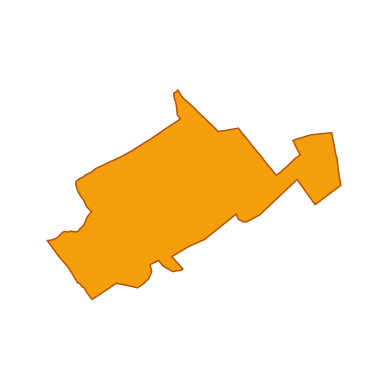 outline of Tapilula, Chiapas, Mexico, rotated 321°
{"feature_id": "50627088B79605017756871", "entity_name": "Tapilula", "entity_type": "district", "adm_level": 2, "iso_a3": "MEX", "parent_name": "Mexico", "parent_adm1": "Chiapas", "projection": "albers", "projection_center": [-92.998, 17.25], "detail": "fine", "context": "isolated", "style": "filled", "palette": "amber", "viewbox_px": 384, "rotation_deg": 321, "n_neighbors": 0, "source": "geoboundaries", "source_scale": "gbopen_adm2", "svg_char_len": 3394}
<svg xmlns="http://www.w3.org/2000/svg" viewBox="0 0 384 384"><g transform="rotate(321 192 192)"><path d="M49.0,138.6L48.0,156.5L48.0,157.1L48.3,172.7L47.5,179.8L46.5,186.6L46.2,190.1L46.1,191.1L47.1,192.3L47.0,195.5L47.1,197.2L47.8,198.3L46.9,205.7L46.7,212.6L48.3,212.8L60.0,213.9L75.7,215.3L82.5,223.4L89.4,232.2L94.6,232.6L95.8,232.7L98.4,232.8L100.2,232.0L101.2,232.2L101.4,232.4L103.4,232.3L110.1,228.9L110.4,228.2L110.8,228.3L113.6,222.1L122.9,224.2L122.9,224.4L122.9,227.2L122.8,230.4L123.3,232.0L124.0,234.3L125.1,237.0L125.7,238.8L126.8,241.3L127.5,242.2L130.4,243.5L133.4,245.6L134.2,245.9L136.2,246.0L136.3,246.0L136.5,246.0L136.2,239.8L135.6,229.4L138.9,230.0L139.1,230.0L143.0,230.6L146.4,231.1L148.0,231.3L151.5,231.8L152.8,232.0L155.5,232.4L158.3,233.1L160.7,233.8L167.4,235.6L171.8,236.8L177.9,236.8L179.0,236.8L186.0,236.9L191.1,236.9L196.3,236.9L201.8,236.9L202.4,236.9L212.6,237.0L212.5,237.6L212.3,238.1L212.2,238.5L211.7,238.9L211.6,239.4L211.3,240.4L211.2,241.0L211.1,241.9L211.0,242.9L211.3,243.6L211.6,244.3L212.2,245.1L212.5,245.4L212.6,246.2L212.5,246.7L212.7,247.3L213.7,247.9L214.7,248.3L214.9,249.4L230.1,252.4L281.5,248.4L279.7,279.3L290.5,279.7L311.9,280.4L319.7,266.6L325.3,258.0L327.7,252.8L337.9,233.8L320.0,222.2L303.0,215.4L302.0,218.7L301.7,220.2L301.6,220.4L301.4,221.7L301.3,222.3L301.1,222.8L300.5,225.9L300.1,227.5L300.0,228.1L299.4,231.3L293.9,230.8L291.4,231.0L282.4,231.8L278.6,232.0L276.4,232.0L271.8,232.4L268.1,232.0L268.0,223.5L267.9,222.5L267.9,221.9L267.9,214.4L268.1,211.0L268.2,210.1L268.3,206.1L268.0,202.3L268.0,194.3L268.0,190.7L268.2,190.0L268.2,189.3L268.1,184.9L268.1,182.7L268.0,180.3L268.0,176.4L268.2,171.6L264.1,169.3L256.2,164.9L254.8,164.1L253.1,163.0L250.3,161.4L250.2,158.1L249.8,155.2L249.7,154.0L249.5,152.4L249.3,151.3L249.2,150.7L249.1,149.3L248.8,147.2L248.4,143.6L248.3,142.8L248.3,142.3L248.0,139.9L247.6,138.7L247.5,138.2L247.2,135.2L247.1,133.8L247.0,133.5L246.9,132.4L246.9,132.1L246.7,130.0L246.6,128.6L246.6,128.0L246.6,127.9L246.3,126.0L246.3,125.8L245.6,121.6L245.5,121.3L245.4,120.3L245.3,119.1L244.2,113.6L244.2,112.9L244.2,110.7L244.3,110.2L244.8,106.2L245.0,103.8L243.4,104.2L241.5,104.1L240.1,103.6L238.9,105.4L238.2,106.3L237.9,106.9L237.7,107.3L237.1,108.5L236.8,109.0L236.6,109.6L235.7,112.0L235.1,113.5L234.2,114.9L233.4,116.2L232.9,117.0L232.2,118.1L231.8,118.7L230.5,120.7L229.9,121.6L229.0,123.1L229.0,123.6L229.1,125.3L228.9,125.8L228.9,127.4L228.9,128.0L224.0,127.5L217.7,126.8L214.6,126.5L208.5,126.0L196.2,125.0L193.6,124.8L186.8,123.9L185.1,123.7L176.5,122.7L171.8,122.2L170.3,121.9L165.3,121.1L159.7,120.1L138.5,114.8L132.0,113.2L128.4,113.3L126.2,113.3L123.4,112.5L120.6,111.8L117.3,111.8L112.8,110.8L110.9,110.9L108.2,111.0L106.3,113.0L103.9,119.2L102.9,124.7L102.4,130.6L101.6,134.4L101.6,134.6L100.9,138.0L101.2,141.0L101.4,142.4L101.4,143.0L101.7,143.9L99.8,144.3L95.4,145.4L95.2,145.5L94.1,145.8L92.5,146.7L89.8,148.2L89.0,148.7L86.7,149.5L85.5,149.9L82.5,150.2L81.3,150.0L81.0,150.2L79.9,150.7L78.5,150.7L76.8,150.0L75.9,149.0L75.1,148.2L74.4,147.7L74.2,147.3L73.8,146.6L72.9,145.9L71.5,145.6L70.2,144.8L68.5,142.8L67.8,142.4L66.3,142.0L65.5,142.0L64.8,141.9L63.0,142.2L61.3,142.4L60.9,142.5L59.6,142.8L56.8,142.2L56.3,142.1L55.1,141.8L53.9,141.4L52.5,140.7L51.7,140.6L51.2,140.1L50.5,139.6L50.1,139.5L49.1,138.6L49.0,138.6Z" fill="#f59e0b" stroke="#b45309" stroke-width="1.5"/></g></svg>